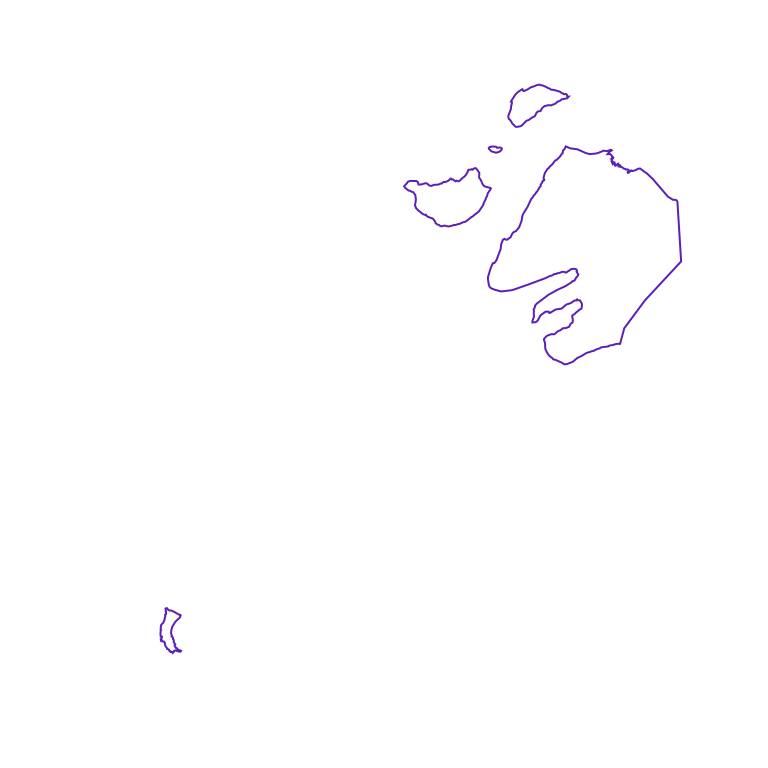 Buton Selatan, Sulawesi Tenggara, Indonesia (Equal Earth projection), rotated 47°
{"feature_id": "22746128B94245100908076", "entity_name": "Buton Selatan", "entity_type": "district", "adm_level": 2, "iso_a3": "IDN", "parent_name": "Indonesia", "parent_adm1": "Sulawesi Tenggara", "projection": "equal_earth", "projection_center": [122.673, -5.852], "detail": "fine", "context": "isolated", "style": "outline", "palette": "violet", "viewbox_px": 768, "rotation_deg": 47, "n_neighbors": 0, "source": "geoboundaries", "source_scale": "gbopen_adm2", "svg_char_len": 6043}
<svg xmlns="http://www.w3.org/2000/svg" viewBox="0 0 768 768"><g transform="rotate(47 384 384)"><path d="M449.5,44.7L448.1,45.3L446.2,47.1L440.5,48.6L417.6,47.6L409.6,48.1L401.0,49.8L399.7,51.7L399.3,54.0L397.7,57.1L396.7,57.3L396.6,58.2L396.2,58.4L396.4,60.1L396.0,61.6L395.2,61.3L395.0,60.1L394.6,59.3L394.2,59.1L393.1,59.6L392.2,60.8L391.4,60.8L390.1,61.7L387.9,62.0L385.6,63.5L385.2,62.2L384.5,62.5L384.4,63.8L382.6,62.5L382.4,63.0L382.5,64.8L381.4,65.0L382.2,65.7L382.1,66.0L381.8,66.1L380.2,64.8L379.7,65.3L379.3,66.8L378.6,66.5L379.2,65.3L378.9,64.5L377.3,65.9L376.9,65.3L376.4,65.7L376.1,65.6L376.0,64.7L375.3,63.8L374.6,64.1L375.1,62.6L374.8,61.9L374.0,61.9L373.5,62.4L372.3,61.6L369.8,61.9L368.4,63.7L367.9,61.1L368.5,58.1L367.6,58.1L365.7,62.1L363.2,64.2L361.0,69.9L359.8,72.1L356.1,76.8L352.7,78.9L344.1,82.6L338.8,87.0L334.2,89.0L335.2,91.3L335.4,93.9L337.0,95.9L336.8,96.1L337.8,100.9L337.8,104.9L337.3,106.4L338.1,111.0L338.1,115.1L338.4,115.6L338.2,117.7L339.4,122.5L342.0,126.7L342.9,127.3L343.8,127.3L344.2,127.9L343.7,129.6L344.4,130.4L345.2,133.7L346.2,134.5L346.2,136.0L347.7,140.8L347.6,141.7L348.2,143.8L348.3,146.4L348.8,147.5L349.0,149.9L352.5,158.7L354.3,165.6L355.2,167.8L358.6,172.3L361.5,178.2L362.2,183.1L361.3,185.8L361.5,187.6L363.0,191.4L362.3,195.9L360.0,197.0L359.6,198.6L361.7,203.0L364.8,206.6L370.3,217.7L370.8,220.8L370.0,221.8L370.0,222.4L372.3,227.5L376.7,235.0L378.5,236.7L383.0,239.7L384.9,240.5L386.9,240.4L391.2,238.4L396.4,235.0L402.0,227.3L403.2,225.3L409.4,211.2L416.4,194.5L418.3,188.7L419.0,187.7L419.4,186.6L419.7,184.4L420.8,183.2L421.1,181.8L422.3,180.3L423.4,177.3L425.0,175.6L426.4,175.2L426.9,174.4L426.8,173.8L427.4,170.9L427.5,169.2L428.7,167.1L430.8,165.3L432.2,165.3L433.1,165.9L433.2,166.6L436.5,167.2L437.1,168.9L437.3,171.1L438.3,174.2L437.3,176.4L437.5,177.3L436.2,184.5L433.4,192.9L430.9,203.0L429.4,217.4L429.7,220.2L430.7,221.2L431.6,223.8L432.6,224.3L434.9,226.7L437.0,228.3L438.8,232.0L440.2,233.5L442.0,231.2L442.5,230.1L442.3,227.8L440.7,223.5L440.6,221.9L441.2,217.0L441.7,215.9L443.5,214.2L444.6,214.7L445.2,214.2L446.5,207.9L448.1,205.3L449.8,203.1L450.1,202.0L450.1,197.8L450.5,195.9L452.2,192.2L452.9,187.7L454.3,186.0L453.9,185.1L454.9,185.0L456.6,183.7L459.9,184.4L461.6,185.6L463.5,188.3L462.9,190.6L463.0,192.4L462.7,194.2L462.8,196.8L462.3,199.6L462.9,200.3L465.8,202.0L467.2,203.5L467.6,204.4L467.2,206.3L468.4,209.5L467.2,212.7L465.2,215.2L465.0,218.4L464.0,220.7L463.9,224.8L463.5,225.9L461.9,227.3L460.4,230.5L459.9,232.2L460.0,235.6L460.5,236.7L463.7,238.2L468.0,241.8L469.4,242.5L473.3,243.6L476.3,243.9L480.0,243.2L481.4,243.4L483.1,242.2L489.7,239.4L492.2,238.9L494.0,237.1L496.5,230.9L496.8,224.8L498.2,220.6L499.3,215.1L500.3,212.7L501.0,211.9L501.4,210.2L502.8,208.0L503.5,205.2L505.1,201.7L505.1,200.9L505.6,199.7L509.5,194.3L509.4,193.7L510.2,192.0L511.5,190.2L513.0,187.0L515.0,184.4L515.6,184.3L515.6,183.9L507.1,170.3L500.8,136.0L497.0,83.1L450.8,45.1L449.5,44.7ZM290.3,169.7L288.5,169.8L287.8,171.1L287.6,173.1L286.8,173.3L286.1,174.8L285.1,175.9L285.1,177.0L285.9,178.0L287.0,181.8L287.1,184.0L286.9,186.1L286.9,190.6L286.7,191.1L286.1,191.7L284.6,192.4L284.4,193.6L281.2,194.1L280.7,194.9L280.0,195.2L279.3,195.0L279.1,195.4L279.3,197.1L279.1,198.9L277.8,201.9L276.8,202.7L276.7,205.1L275.9,206.2L275.3,208.2L272.3,211.8L271.5,214.2L269.6,215.6L267.1,215.7L266.0,216.3L265.1,217.3L263.7,220.3L261.7,222.7L259.3,221.5L257.5,222.0L253.4,226.3L252.4,228.5L252.8,230.4L253.1,234.4L255.0,234.8L259.1,234.1L260.9,233.0L262.3,232.7L263.6,231.8L267.0,232.2L270.3,234.4L272.6,236.9L273.9,238.9L275.3,240.0L276.2,240.1L277.1,240.6L280.1,240.6L286.1,239.7L287.9,238.9L288.9,237.9L289.4,238.3L291.8,237.8L296.5,235.4L300.3,235.9L301.4,236.5L303.6,236.3L305.0,235.4L306.4,235.2L307.7,234.6L309.5,231.6L312.8,229.4L315.1,225.4L315.3,224.4L316.4,223.4L317.3,221.3L318.5,219.4L319.6,215.9L320.8,214.0L321.3,210.1L321.5,206.3L322.0,204.7L321.9,203.3L322.5,196.9L320.9,189.9L319.2,186.5L318.3,183.7L317.8,183.1L316.7,180.2L315.3,178.1L314.2,173.1L313.9,172.5L313.2,172.5L308.0,175.7L305.7,175.8L301.0,174.1L297.9,173.7L294.6,170.3L290.3,169.7ZM300.0,55.1L299.8,52.8L298.9,53.7L298.4,53.8L297.1,52.9L295.8,53.3L294.9,54.7L289.8,56.2L284.6,59.3L282.8,61.0L280.7,61.5L279.2,62.3L276.7,63.1L273.6,64.5L272.1,65.8L271.4,65.9L270.7,66.6L269.3,69.1L268.8,70.9L267.2,74.1L266.5,78.0L265.3,81.7L264.7,82.2L262.7,81.8L261.8,86.9L261.9,90.3L263.8,98.0L264.0,98.4L264.3,98.0L264.7,98.0L266.0,99.1L267.6,101.7L269.4,103.6L272.7,110.2L273.8,111.2L275.2,111.9L277.3,111.7L281.0,112.5L285.3,112.3L285.9,112.1L287.0,111.0L288.7,108.0L289.0,106.3L288.6,101.5L288.9,99.4L289.5,98.6L290.2,93.7L291.0,91.0L289.6,87.3L289.7,85.4L290.9,83.8L291.1,83.1L290.5,81.9L290.1,80.3L290.2,76.9L291.1,75.7L292.0,73.8L294.4,71.5L294.7,70.1L295.5,68.8L295.9,66.0L295.8,64.7L296.8,62.5L297.1,59.7L300.0,55.1ZM415.5,697.1L415.6,692.5L414.5,690.5L413.9,690.4L413.5,691.0L407.2,693.0L404.5,694.1L403.6,695.2L401.7,695.9L400.2,695.5L399.3,696.4L399.2,696.9L401.6,698.6L401.7,699.0L402.8,699.4L403.5,700.1L403.8,700.9L403.5,701.4L405.0,702.7L405.6,704.1L406.5,704.8L408.0,708.1L408.2,711.1L408.7,712.0L410.8,714.4L411.6,714.6L411.5,714.9L414.3,717.9L416.4,719.5L417.2,718.7L417.7,718.9L418.4,720.6L418.3,721.2L419.6,722.2L420.1,721.3L421.1,721.7L422.4,720.5L424.5,721.1L425.1,721.8L426.7,722.6L428.9,722.8L429.8,723.3L431.5,722.4L432.7,723.0L433.3,722.6L434.5,722.9L434.9,722.7L435.0,721.9L435.7,721.5L436.7,721.8L436.5,720.2L436.0,719.4L436.3,718.6L440.6,715.9L441.0,715.1L440.7,714.4L438.1,715.6L436.1,716.0L435.7,715.8L435.6,716.2L432.9,715.8L432.1,715.0L432.3,714.5L432.1,714.2L429.3,713.8L428.0,712.4L426.6,712.3L425.9,711.5L424.4,711.2L423.8,711.5L423.4,710.8L422.1,710.3L420.8,709.4L419.2,707.7L417.1,704.4L415.7,699.1L415.5,697.1ZM292.3,137.3L291.1,137.3L290.1,137.9L288.4,140.2L286.9,140.2L284.3,142.7L283.5,143.6L283.4,144.2L282.7,145.3L282.9,146.5L283.5,146.9L287.0,146.8L291.2,144.4L292.6,141.8L293.0,139.7L292.7,137.8L292.3,137.3Z" fill="none" stroke="#5b21b6" stroke-width="2"/></g></svg>